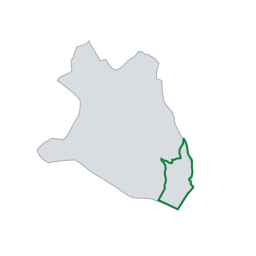 location of Makamba within Burundi, rotated 303°
{"feature_id": "BDI-2641", "entity_name": "Makamba", "entity_type": "Province", "adm_level": 1, "iso_a3": "BDI", "parent_name": "Burundi", "parent_adm1": "", "projection": "mercator", "projection_center": [29.841, -4.203], "detail": "fine", "context": "in_parent", "style": "outline", "palette": "green", "viewbox_px": 256, "rotation_deg": 303, "n_neighbors": 0, "source": "natural_earth", "source_scale": "10m", "svg_char_len": 1868}
<svg xmlns="http://www.w3.org/2000/svg" viewBox="0 0 256 256"><g transform="rotate(303 128 128)"><path d="M179.8,47.9L178.2,50.1L170.8,65.2L169.4,67.5L170.2,68.9L173.3,71.8L171.5,76.5L170.7,77.8L169.3,82.3L170.1,86.3L171.9,87.9L176.7,89.8L183.9,91.3L192.4,94.7L198.2,95.3L199.5,97.7L199.2,102.1L200.7,105.9L200.7,112.8L199.0,118.8L190.2,121.6L185.7,124.6L184.5,126.2L185.6,128.0L186.2,130.4L177.9,136.4L169.4,144.2L167.4,149.5L165.7,155.7L163.2,159.7L156.8,165.4L150.2,177.0L147.0,184.5L130.8,202.5L116.4,211.4L112.2,214.5L86.8,214.0L84.8,201.8L81.0,185.3L72.2,170.3L71.3,164.1L71.7,152.0L71.7,135.0L71.2,125.9L71.3,119.3L72.5,107.7L72.3,100.8L66.6,92.9L59.4,84.4L55.5,80.3L55.3,76.9L55.3,73.9L56.5,69.3L59.3,64.3L62.4,63.8L70.2,65.8L78.2,70.0L82.5,79.6L85.7,81.0L91.7,81.0L106.9,79.7L110.6,79.9L117.5,77.6L124.4,73.5L126.4,69.4L128.0,60.0L129.4,43.0L132.9,42.8L142.5,48.9L144.5,49.3L146.6,49.1L149.9,46.1L154.0,43.6L157.0,43.7L168.1,40.9L174.1,46.0L177.8,47.6L179.8,47.9Z" fill="#d9dde1" stroke="#a8b0b8" stroke-width="1"/><path d="M149.3,180.8L149.1,181.3L147.2,184.6L144.7,187.6L139.2,192.1L138.4,193.4L136.3,198.3L135.3,199.6L133.5,200.6L132.7,201.3L129.9,202.8L127.0,205.6L122.7,207.6L122.0,207.8L120.6,207.6L119.8,207.2L118.9,207.0L117.6,207.9L117.4,208.1L117.3,209.5L116.9,210.2L115.5,210.8L115.0,211.3L114.7,212.4L114.6,213.5L114.4,214.4L113.4,215.1L113.1,215.0L109.8,214.7L105.8,213.8L86.9,214.0L84.3,194.4L83.9,192.9L84.9,192.8L97.2,191.9L100.0,189.6L102.1,189.4L105.9,187.6L108.8,184.4L111.3,182.7L114.3,181.9L117.4,179.1L118.8,175.3L119.2,173.5L120.3,172.9L120.4,174.0L120.3,175.5L121.3,178.1L121.3,181.3L121.8,183.2L123.0,183.9L124.3,183.2L125.5,182.4L126.3,184.0L127.8,184.8L129.2,185.8L131.3,188.5L132.6,187.6L134.7,185.0L138.3,182.9L145.2,182.6L147.5,181.4L148.5,180.6L149.2,180.8L149.3,180.8Z" fill="none" stroke="#15803d" stroke-width="2"/></g></svg>